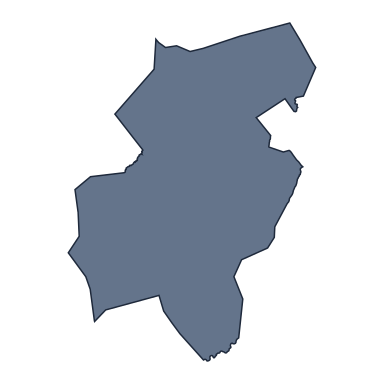 Xotont, Arhangay, Mongolia
{"feature_id": "93677404B64781784389022", "entity_name": "Xotont", "entity_type": "district", "adm_level": 2, "iso_a3": "MNG", "parent_name": "Mongolia", "parent_adm1": "Arhangay", "projection": "mercator", "projection_center": [102.447, 47.245], "detail": "fine", "context": "isolated", "style": "filled", "palette": "slate", "viewbox_px": 384, "rotation_deg": 0, "n_neighbors": 0, "source": "geoboundaries", "source_scale": "gbopen_adm2", "svg_char_len": 4013}
<svg xmlns="http://www.w3.org/2000/svg" viewBox="0 0 384 384"><path d="M203.5,360.0L203.9,359.8L204.2,359.6L204.6,359.4L205.0,359.3L205.4,359.4L205.8,359.5L206.3,359.9L206.8,360.6L207.1,361.0L207.9,360.9L208.7,360.7L209.7,360.0L210.0,359.5L210.1,358.9L209.9,357.8L209.9,356.9L210.1,356.3L210.6,355.9L211.2,355.6L211.9,355.5L212.5,355.8L212.8,356.2L213.0,356.7L213.3,357.3L213.6,357.7L213.9,357.8L214.1,357.8L214.6,357.5L215.0,356.8L215.3,356.3L216.0,355.7L216.4,355.2L216.2,354.7L216.2,354.4L216.3,354.3L216.5,354.2L216.9,354.0L217.6,353.4L217.9,353.1L218.5,353.1L219.0,353.1L219.5,352.9L219.8,352.7L220.0,352.3L220.2,351.7L220.5,351.4L220.8,351.2L221.6,351.1L222.1,351.2L222.5,351.5L223.0,351.7L223.4,351.7L223.6,351.7L224.0,351.9L224.4,352.4L224.8,352.6L225.5,352.9L226.1,352.9L226.8,352.5L227.4,351.5L228.4,351.1L228.8,350.8L229.0,350.3L229.2,349.0L229.4,348.6L229.8,348.4L230.2,348.1L230.7,347.7L230.9,347.2L230.8,346.7L230.4,345.9L230.4,345.3L230.6,344.5L230.9,343.8L231.2,343.5L231.7,343.3L232.2,343.2L232.9,343.7L233.2,343.7L234.0,343.9L234.8,343.6L235.4,343.3L235.9,342.5L236.0,341.4L236.5,339.9L237.3,338.9L238.7,337.9L241.1,315.0L242.8,299.0L233.9,276.7L241.6,259.7L267.6,248.0L274.3,237.4L274.8,226.8L286.9,204.1L287.8,202.8L288.6,201.9L288.9,201.2L289.2,200.4L289.3,199.5L289.4,198.8L289.8,197.9L290.3,197.2L291.0,196.3L291.6,195.4L292.1,194.7L292.5,193.8L292.9,192.8L293.0,192.2L293.2,191.4L293.4,190.5L293.7,189.7L294.1,188.9L294.5,187.9L294.7,187.3L294.8,187.1L295.1,186.7L295.8,185.8L296.0,185.3L296.7,183.2L297.0,181.3L297.2,180.6L297.3,179.7L297.5,179.0L298.0,178.4L298.1,178.0L298.3,177.5L298.7,176.8L299.3,176.0L299.3,175.6L299.3,175.1L299.6,174.9L299.9,174.8L300.2,174.6L300.3,174.2L300.4,173.8L300.5,173.1L300.6,172.5L300.9,172.1L300.9,171.7L300.6,170.8L300.3,169.7L300.3,169.1L300.4,168.7L300.8,168.3L301.1,167.9L301.5,167.6L301.9,167.3L302.8,166.8L301.1,165.2L298.7,161.9L296.6,159.9L292.9,154.8L291.5,152.7L290.4,151.3L289.1,150.4L283.3,152.0L269.0,147.1L268.8,146.8L268.8,146.1L269.0,145.5L269.1,144.6L269.2,143.7L269.2,143.0L269.3,142.7L269.4,142.1L269.6,141.5L269.6,140.6L269.6,140.2L269.8,139.7L270.2,139.4L270.4,138.6L270.4,137.7L270.5,136.3L270.7,135.6L256.2,117.6L285.0,98.7L291.4,107.8L294.0,111.4L295.6,111.7L296.5,111.0L296.7,109.2L297.1,108.0L297.7,107.4L296.9,106.5L297.0,105.6L297.3,104.9L297.2,104.4L295.2,103.8L294.9,103.1L295.6,101.0L295.5,100.6L294.6,99.9L294.8,99.0L295.9,98.3L296.2,97.9L296.1,97.5L303.4,96.1L315.7,67.5L312.6,62.7L300.2,40.3L299.9,39.8L289.8,23.0L239.9,36.2L203.1,48.4L190.1,51.5L176.6,45.8L165.5,47.5L158.7,42.6L155.9,39.3L155.9,39.5L154.1,69.2L114.9,114.1L133.7,138.3L142.7,149.8L142.8,150.1L142.8,150.3L142.5,150.4L142.4,150.6L142.3,151.0L142.1,151.1L141.8,151.3L141.7,151.6L141.8,152.0L142.2,152.3L142.1,152.5L142.0,153.0L141.8,153.1L141.5,153.4L141.5,153.8L141.7,154.1L141.2,153.9L140.9,153.9L140.8,154.0L140.7,154.5L139.8,154.6L139.5,154.8L139.1,155.1L139.0,155.3L139.1,155.6L139.1,156.1L138.8,156.4L138.3,156.8L137.9,157.1L137.6,157.7L137.5,158.0L137.5,158.3L137.6,158.5L137.6,158.8L137.4,158.9L137.1,159.1L137.1,159.4L137.1,159.9L137.3,160.4L137.2,160.5L136.9,160.5L136.7,160.6L136.5,161.0L136.2,160.9L135.9,160.9L135.7,161.2L135.5,161.4L135.5,161.8L135.3,162.1L135.2,162.0L134.9,161.8L134.8,161.7L134.6,161.8L134.4,162.3L134.0,162.4L133.7,162.8L133.6,163.1L133.4,163.3L133.3,163.8L132.8,164.3L132.3,164.6L131.9,164.8L131.6,165.1L131.1,165.5L130.8,165.3L130.5,165.3L129.9,165.3L129.6,165.5L129.5,166.3L129.3,166.3L129.1,166.2L129.0,166.3L128.7,166.5L128.4,166.7L127.8,166.8L127.3,167.2L126.9,167.6L126.7,167.7L126.5,167.8L126.3,167.9L126.2,168.3L126.3,168.6L126.3,169.0L126.2,169.2L126.1,169.4L125.7,169.4L125.6,169.6L125.5,170.0L125.3,170.2L125.4,170.5L125.2,171.1L125.3,171.9L124.7,172.5L123.6,172.8L90.5,176.7L75.0,189.6L78.0,211.6L78.1,211.8L79.2,236.3L68.3,252.8L85.8,276.7L90.2,289.2L94.4,320.8L94.6,321.5L105.7,309.9L159.0,295.4L163.7,311.1L172.0,323.0L179.9,333.7L203.5,360.0Z" fill="#64748b" stroke="#1e293b" stroke-width="1.5"/></svg>